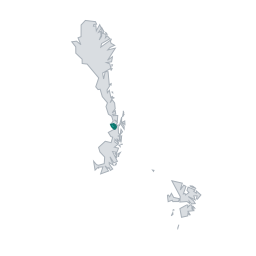 Narvik nor, Nordland, Norway shown in context, rotated 135°
{"feature_id": "86288312B24861070458091", "entity_name": "Narvik nor", "entity_type": "district", "adm_level": 2, "iso_a3": "NOR", "parent_name": "Norway", "parent_adm1": "Nordland", "projection": "albers", "projection_center": [17.424, 68.289], "detail": "fine", "context": "in_parent", "style": "filled", "palette": "teal", "viewbox_px": 256, "rotation_deg": 135, "n_neighbors": 0, "source": "geoboundaries", "source_scale": "gbopen_adm2", "svg_char_len": 5199}
<svg xmlns="http://www.w3.org/2000/svg" viewBox="0 0 256 256"><g transform="rotate(135 128 128)"><path d="M150.3,129.6L145.3,132.3L146.2,134.0L145.1,138.8L139.1,137.0L137.8,142.8L133.6,143.4L131.2,147.9L132.1,151.6L128.4,158.7L124.7,160.3L124.0,168.3L120.3,175.1L122.0,176.3L121.7,179.9L113.3,184.1L111.7,202.1L114.8,206.0L111.8,209.1L112.0,217.8L107.6,222.3L106.8,228.7L103.0,225.8L102.4,220.2L99.6,227.1L96.6,225.8L88.3,234.0L82.1,234.2L75.8,226.2L76.8,223.6L79.0,225.4L80.5,224.4L78.4,223.0L81.7,219.1L74.9,221.1L76.5,217.3L81.2,216.5L79.0,215.6L81.6,212.5L86.1,210.6L81.8,211.5L75.7,217.2L76.9,213.0L79.2,213.2L77.2,209.6L80.1,207.8L77.5,207.8L77.7,203.9L87.0,206.4L90.1,204.4L78.5,202.6L80.1,200.0L79.0,195.9L83.7,197.7L87.1,197.5L80.5,193.4L94.6,190.3L88.6,189.4L92.8,186.4L97.0,189.5L95.5,186.2L97.9,182.3L107.1,184.8L110.6,179.9L104.1,184.0L102.3,181.9L111.7,170.6L115.9,169.7L117.7,167.5L114.5,167.9L118.6,161.6L117.8,160.2L122.8,158.6L119.2,159.0L119.8,155.1L123.5,150.6L128.4,150.0L124.8,149.2L126.9,146.4L129.2,148.6L129.6,147.0L126.4,144.1L130.9,140.2L131.9,143.5L131.6,139.3L136.4,138.3L132.8,137.2L138.3,131.2L138.8,128.2L140.9,129.6L140.0,127.9L143.6,124.8L143.5,128.5L145.6,123.4L145.2,129.2L147.2,127.4L146.6,123.6L151.2,124.1L148.9,120.4L153.1,118.7L155.6,122.3L159.1,111.9L162.6,113.3L161.1,120.4L164.7,112.1L165.7,116.9L166.8,115.7L167.8,109.8L170.5,110.5L169.4,113.6L170.6,113.5L171.1,117.6L172.1,111.3L179.8,114.9L173.2,118.2L176.9,121.4L181.1,121.5L175.8,128.8L176.2,124.3L175.2,122.5L170.0,119.6L165.0,124.0L164.8,130.9L162.5,135.1L153.5,134.7L150.3,129.6ZM133.9,27.0L136.7,29.4L136.4,33.2L137.8,31.2L138.3,34.3L143.7,39.0L139.5,42.6L134.3,59.7L128.6,50.6L134.9,47.2L129.0,48.2L128.3,45.7L135.5,42.3L134.0,41.4L134.7,39.9L130.6,39.3L130.4,42.2L127.3,43.7L124.3,36.7L126.3,36.9L125.8,33.6L124.2,35.0L123.8,29.1L129.3,28.6L129.7,29.5L127.1,31.2L129.5,33.5L131.3,29.6L133.9,37.0L133.1,30.2L133.9,27.0ZM139.9,23.0L144.5,26.7L145.4,22.7L146.0,23.1L145.9,25.3L147.9,23.6L153.3,27.0L148.3,34.3L141.0,32.1L140.1,31.2L142.0,29.7L138.3,29.7L137.5,28.2L138.5,27.1L136.8,26.2L139.3,26.4L139.0,24.4L140.0,25.3L139.9,23.0ZM144.3,40.3L148.3,44.2L147.8,45.7L151.7,47.5L147.7,52.5L146.9,52.2L147.2,49.9L143.5,51.1L144.8,46.6L141.6,41.6L144.3,40.3ZM130.1,136.9L132.9,135.5L124.6,140.3L128.9,136.3L129.3,132.2L131.5,130.0L130.1,136.9ZM134.5,129.2L138.2,128.9L133.9,132.0L134.5,129.2ZM138.1,126.9L143.2,122.7L140.6,127.1L138.1,126.9ZM122.7,37.0L124.8,41.6L125.2,43.5L123.4,41.2L122.7,37.0ZM127.7,132.6L128.2,136.3L125.3,135.3L127.7,132.6ZM155.1,114.2L153.4,117.0L150.7,116.1L153.7,115.4L155.1,114.2ZM155.7,116.1L155.1,119.3L153.9,118.5L155.7,116.1ZM121.1,140.4L124.1,139.7L120.8,142.0L121.1,140.4ZM163.7,22.0L160.4,23.7L163.8,21.8L163.7,22.0ZM157.2,35.2L159.5,35.3L156.2,36.5L157.2,35.2ZM160.8,111.4L162.7,110.5L163.4,111.0L160.8,111.4ZM156.9,115.2L156.7,116.9L156.0,115.5L156.9,115.2ZM146.6,120.5L146.6,122.2L145.8,121.7L146.6,120.5ZM140.6,79.3L140.4,80.9L139.6,79.7L140.6,79.3ZM154.7,38.2L153.6,38.1L153.5,37.6L154.7,38.2ZM109.7,170.3L110.3,171.8L108.5,171.3L109.7,170.3ZM143.1,120.3L144.2,120.9L144.8,121.9L143.1,120.3ZM137.5,24.2L137.9,25.2L137.3,24.9L137.5,24.2ZM98.9,181.4L96.8,181.3L99.1,180.8L98.9,181.4ZM95.5,183.2L94.6,184.2L94.3,183.6L95.5,183.2ZM120.3,142.3L119.2,143.5L120.4,141.4L120.3,142.3ZM76.7,210.0L76.1,211.8L76.4,209.4L76.7,210.0ZM116.9,160.4L116.6,159.2L117.2,159.4L116.9,160.4ZM177.1,119.8L177.1,121.2L177.1,119.8ZM117.4,161.5L116.3,161.6L117.7,161.2L117.4,161.5ZM113.9,163.7L113.9,164.7L113.4,164.3L113.9,163.7ZM77.6,202.3L76.9,203.3L77.2,202.4L77.6,202.3Z" fill="#d9dde1" stroke="#a8b0b8" stroke-width="1"/><path d="M138.1,136.5L137.9,136.5L137.1,136.6L136.4,136.6L135.7,137.0L135.5,137.3L135.4,137.3L135.4,137.7L135.5,137.6L135.8,137.5L136.0,137.4L136.3,137.3L136.3,137.2L136.5,137.1L136.5,137.3L136.4,137.4L136.5,137.4L136.4,137.4L136.4,137.5L136.4,137.4L136.4,137.5L136.2,137.7L136.2,137.8L136.3,137.9L136.5,137.8L136.8,137.9L137.0,138.0L136.9,138.0L137.0,138.0L137.2,138.3L137.3,138.3L137.7,138.4L137.5,138.5L137.4,138.5L137.3,138.4L137.2,138.4L137.1,138.2L136.9,138.2L136.7,138.1L136.4,138.0L136.1,138.0L135.9,138.1L135.8,138.3L135.9,138.2L135.9,138.3L135.9,138.2L136.0,138.3L136.0,138.5L136.0,138.4L136.0,138.5L136.0,138.4L136.0,138.5L136.3,138.6L136.5,138.7L136.6,138.8L136.4,138.7L136.2,138.6L135.9,138.5L135.9,138.4L135.7,138.3L135.8,138.3L135.7,138.3L135.6,138.5L135.4,138.5L135.4,138.8L135.4,139.0L135.5,139.0L135.4,139.2L135.5,139.3L135.4,139.3L135.5,139.3L135.4,139.3L135.5,139.3L135.4,139.3L135.5,139.4L135.7,139.5L135.8,139.7L135.9,139.8L135.9,140.0L135.8,139.9L135.7,139.9L135.8,140.0L135.7,140.0L135.7,140.3L135.8,140.4L135.7,140.5L135.7,140.4L135.6,140.2L135.7,139.9L135.7,139.7L135.4,139.6L135.3,139.4L135.3,139.2L135.3,138.9L135.2,138.7L134.9,138.6L135.0,138.6L134.9,138.7L134.7,138.7L134.7,138.9L134.8,139.0L134.9,139.3L135.0,139.3L135.0,139.5L135.2,139.8L135.3,139.9L135.3,140.0L135.2,140.3L135.2,140.5L135.3,140.5L135.2,140.6L135.3,140.7L135.3,140.8L135.2,141.0L135.4,141.1L135.5,141.2L135.5,141.3L136.9,142.1L137.7,142.7L138.6,140.5L138.5,139.1L138.4,138.5L138.5,137.2L138.1,136.5Z" fill="#14b8a6" stroke="#0f766e" stroke-width="1.5"/></g></svg>